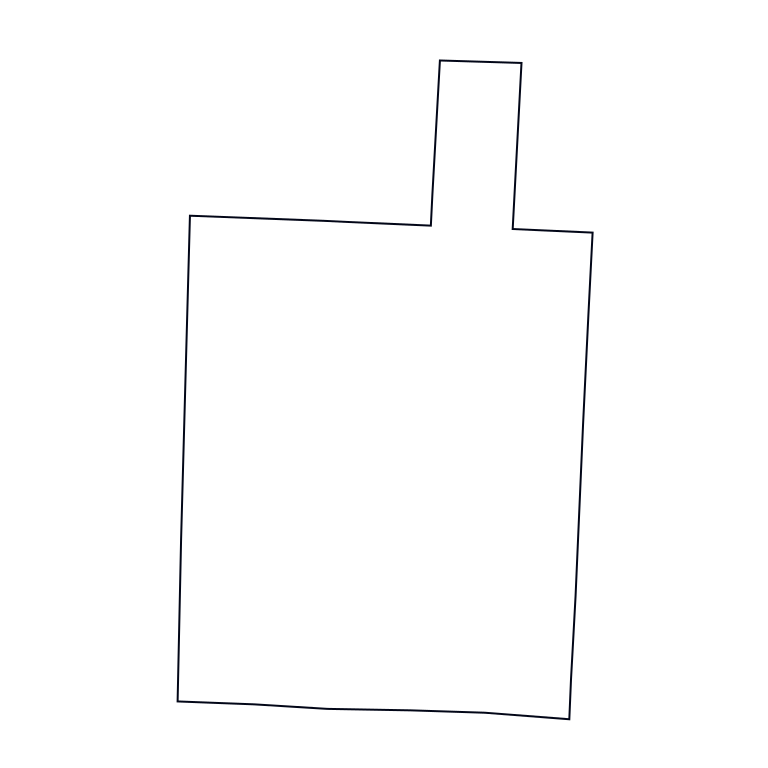 LaSalle, Illinois, United States of America, rotated 183°
{"feature_id": "52423323B71481702095612", "entity_name": "LaSalle", "entity_type": "district", "adm_level": 2, "iso_a3": "USA", "parent_name": "United States of America", "parent_adm1": "Illinois", "projection": "albers", "projection_center": [-88.932, 41.279], "detail": "fine", "context": "isolated", "style": "outline", "palette": "ink", "viewbox_px": 768, "rotation_deg": 183, "n_neighbors": 0, "source": "geoboundaries", "source_scale": "gbopen_adm2", "svg_char_len": 444}
<svg xmlns="http://www.w3.org/2000/svg" viewBox="0 0 768 768"><g transform="rotate(183 384 384)"><path d="M573.5,56.2L537.5,56.7L497.0,57.3L423.6,56.6L340.1,59.5L266.2,61.0L181.4,58.9L181.5,69.0L181.8,99.2L181.7,133.1L181.6,182.3L183.1,354.7L183.5,464.1L183.6,546.1L263.6,545.5L263.5,711.8L345.1,710.0L345.6,575.9L345.5,544.6L428.5,543.9L452.5,543.8L586.6,541.9L578.5,218.1L573.5,56.2Z" fill="none" stroke="#020617" stroke-width="2"/></g></svg>